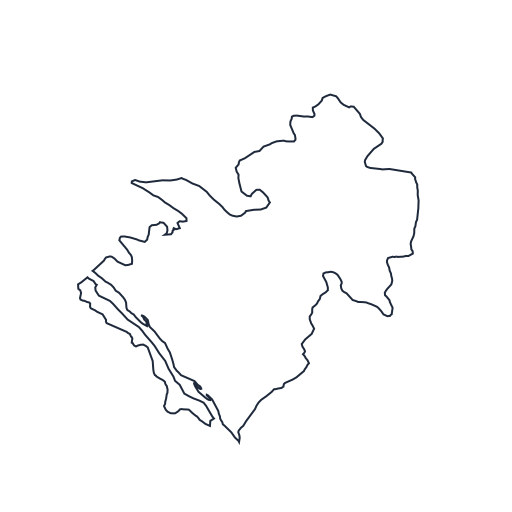 the district of Nasir, Bani Suwayf, Egypt, rotated 116°
{"feature_id": "37247803B95648929265509", "entity_name": "Nasir", "entity_type": "district", "adm_level": 2, "iso_a3": "EGY", "parent_name": "Egypt", "parent_adm1": "Bani Suwayf", "projection": "equal_earth", "projection_center": [31.113, 29.186], "detail": "fine", "context": "isolated", "style": "outline", "palette": "slate", "viewbox_px": 512, "rotation_deg": 116, "n_neighbors": 0, "source": "geoboundaries", "source_scale": "gbopen_adm2", "svg_char_len": 6143}
<svg xmlns="http://www.w3.org/2000/svg" viewBox="0 0 512 512"><g transform="rotate(116 256 256)"><path d="M92.3,266.4L95.6,268.2L97.7,270.0L100.2,268.7L102.8,265.6L104.3,265.0L106.4,266.1L108.0,270.9L109.6,273.9L111.8,280.6L113.4,283.6L115.0,284.8L117.0,284.1L120.1,284.0L123.2,282.7L129.2,275.9L130.2,274.1L132.8,272.2L134.3,271.5L136.4,272.1L139.6,278.7L140.2,281.7L143.9,287.7L147.6,291.3L149.6,292.5L154.4,297.2L160.1,298.9L163.2,303.1L173.1,308.9L177.3,312.5L179.4,312.4L181.4,311.8L185.6,312.9L188.6,310.4L190.6,307.3L193.7,306.0L197.8,302.9L204.4,297.3L205.8,290.6L204.7,287.0L202.1,287.0L196.4,284.7L194.8,281.7L195.8,277.4L198.2,271.3L200.8,268.8L201.8,267.0L208.0,268.0L212.2,272.2L215.4,278.2L220.1,284.8L221.7,284.7L226.4,287.1L229.0,290.7L230.1,294.9L230.2,297.9L229.2,301.6L228.2,304.7L226.7,307.7L225.3,312.0L223.8,318.7L221.9,324.2L219.9,328.5L218.0,337.7L218.7,345.0L218.3,352.3L218.7,356.1L218.5,357.0L222.0,360.7L225.7,366.1L229.0,373.3L238.0,387.1L240.1,393.1L240.7,398.0L243.4,400.3L244.9,399.7L244.7,387.6L245.6,379.6L246.5,374.7L245.9,369.9L246.8,365.0L247.8,361.3L248.2,356.5L249.2,351.0L249.6,346.1L250.5,341.2L252.5,335.1L255.0,333.8L257.2,336.8L258.2,339.8L259.3,340.4L260.8,341.0L264.4,336.7L267.0,339.6L267.0,342.1L268.1,342.1L268.6,341.4L270.1,342.0L271.2,341.4L273.7,341.9L276.9,347.3L274.8,346.2L271.8,346.8L268.7,348.7L266.7,353.6L267.8,357.2L268.9,357.2L271.5,359.0L274.1,363.2L276.7,364.3L283.9,361.8L286.5,361.7L289.0,361.0L292.1,362.2L293.3,368.2L293.3,370.1L294.5,377.3L296.1,382.8L297.7,385.8L299.3,386.3L301.8,385.7L306.8,374.6L308.8,371.5L309.8,369.1L311.3,367.2L314.4,365.3L317.4,364.1L320.1,367.0L321.6,369.4L321.8,377.9L320.3,382.2L319.9,385.3L320.4,387.1L323.0,390.1L325.1,390.6L326.7,390.6L340.1,395.8L341.0,396.3L341.6,393.2L342.9,389.2L343.5,385.1L345.0,380.0L345.0,377.6L345.4,373.6L346.7,370.1L348.7,366.9L349.1,362.9L351.3,357.4L352.8,354.6L354.9,352.3L359.4,349.7L361.0,347.9L361.2,345.2L362.0,343.0L362.2,340.2L363.6,337.5L365.8,331.2L366.4,329.0L366.6,326.9L366.8,323.0L366.3,322.9L365.5,324.2L363.5,325.5L362.8,326.3L362.1,328.6L360.8,330.1L360.1,331.1L359.8,332.4L359.4,332.4L359.3,331.1L359.5,329.4L361.0,325.2L364.3,322.6L366.3,320.4L368.3,314.1L372.3,306.4L373.6,303.0L374.1,299.6L378.2,294.6L380.4,291.2L385.4,286.3L389.2,282.9L391.7,281.0L393.8,277.1L394.7,274.3L396.0,271.1L395.4,256.4L397.5,251.5L397.5,249.7L398.5,247.8L399.3,247.0L399.9,247.6L399.9,249.1L399.5,250.9L397.0,254.7L397.6,255.8L398.6,255.0L400.2,253.0L403.3,248.0L405.5,239.5L406.0,236.8L406.0,235.3L405.5,233.8L404.5,233.8L402.8,239.2L402.3,239.4L402.3,238.2L404.2,232.5L411.8,222.0L414.1,220.2L416.0,218.1L417.9,216.9L419.0,215.4L420.0,213.6L421.8,212.0L422.3,209.9L425.3,200.9L428.4,195.3L429.8,190.8L430.6,189.7L426.7,190.9L424.6,192.2L422.1,194.7L420.5,195.0L416.9,194.2L414.3,193.0L408.7,192.5L394.2,189.8L390.1,189.9L386.4,189.4L382.8,188.2L377.6,185.3L371.4,182.4L367.7,181.3L367.2,180.1L365.6,178.3L363.5,175.3L361.4,174.1L358.9,174.8L357.3,174.2L351.0,168.9L347.4,166.5L338.5,162.5L336.5,162.5L333.9,162.0L331.3,162.0L329.2,161.4L327.2,163.9L325.7,167.0L324.7,168.2L323.7,170.7L321.7,170.1L320.1,170.2L318.6,172.0L317.1,174.5L315.1,176.3L309.4,175.2L301.6,171.8L295.9,171.9L293.9,174.4L292.4,176.8L289.4,179.9L286.8,181.2L284.2,180.7L282.1,180.7L279.6,182.0L277.5,182.6L273.9,180.9L271.8,180.3L269.8,180.4L266.7,179.8L263.6,180.5L261.0,179.3L258.4,177.6L255.3,176.4L252.7,177.7L248.6,181.4L244.6,187.0L242.1,187.7L240.0,185.9L239.4,184.7L237.3,181.7L236.7,179.3L236.7,176.9L237.2,174.4L239.7,170.1L241.7,167.6L243.2,167.0L245.3,166.9L247.8,165.1L249.3,163.2L249.8,160.8L249.8,158.3L253.2,149.8L252.6,146.1L252.6,144.3L250.5,139.5L249.4,136.5L249.3,134.7L248.8,131.0L248.6,125.0L249.1,123.1L250.6,119.4L252.6,115.8L252.5,111.5L251.1,109.3L249.9,109.1L248.9,108.5L242.7,110.5L238.7,115.5L237.2,116.7L235.2,121.0L234.7,122.8L232.6,124.1L231.1,124.1L228.0,123.6L222.3,121.9L218.7,122.6L216.7,123.8L214.6,125.7L212.6,127.0L210.6,129.4L208.0,131.3L206.0,133.8L204.0,135.7L202.4,136.3L199.9,136.4L196.7,132.8L196.2,131.0L195.1,129.8L194.6,128.0L191.9,123.2L190.3,121.4L189.2,119.0L185.1,116.1L183.0,117.3L182.0,119.2L179.0,121.1L177.4,122.3L174.9,123.0L169.2,123.1L166.1,123.8L162.0,125.7L159.4,125.8L155.3,127.1L152.8,127.1L142.0,131.0L134.8,134.2L130.3,137.4L126.2,139.3L123.6,141.2L121.1,142.4L119.6,144.3L117.0,146.8L115.5,147.4L113.5,152.3L112.9,153.0L119.3,174.2L122.9,180.6L123.1,181.7L126.8,192.0L127.2,195.1L126.9,196.6L123.7,199.5L121.8,200.0L117.4,199.6L108.1,197.1L100.1,192.5L97.8,192.2L96.8,192.8L94.7,193.5L92.7,197.2L91.8,198.9L89.6,205.3L86.7,219.3L85.1,222.5L82.7,225.0L79.0,233.6L80.0,236.4L81.6,237.5L81.7,243.6L80.8,247.3L78.3,251.6L77.3,254.0L78.4,260.1L81.6,263.1L84.7,265.4L87.5,265.0L92.3,266.4ZM420.5,222.5L419.5,224.8L412.6,235.1L410.8,238.8L410.8,243.3L411.4,250.0L411.4,254.8L411.1,260.1L405.2,268.1L403.7,274.0L400.6,277.3L395.7,285.1L390.1,291.6L385.9,300.2L381.2,307.8L379.2,312.1L375.4,321.2L373.2,325.3L371.2,330.1L369.4,343.5L366.3,351.3L364.5,356.6L361.7,363.4L360.4,367.6L360.5,379.9L357.4,385.0L354.7,386.7L351.7,386.5L351.7,387.6L349.7,391.1L349.6,396.4L349.0,398.1L356.1,401.4L359.5,403.5L363.4,401.3L363.9,398.9L365.9,397.0L371.1,395.7L372.1,394.5L372.0,392.0L371.5,390.8L371.4,387.8L370.9,385.4L371.4,384.2L374.4,382.9L375.4,381.6L375.4,376.8L375.8,374.3L375.7,368.3L379.2,362.7L380.8,362.1L381.8,360.8L380.9,339.0L381.4,337.1L381.3,335.3L383.3,332.8L383.3,332.2L384.3,331.0L388.4,329.7L388.4,328.5L389.4,327.2L389.9,326.0L389.9,324.2L388.3,323.0L387.3,321.8L386.2,320.6L385.7,319.4L385.1,318.8L385.1,315.8L385.6,313.3L395.7,302.8L403.3,298.4L405.9,296.5L407.4,294.6L407.4,293.4L407.9,292.8L408.3,288.5L408.3,286.1L408.7,283.7L409.2,282.5L410.3,281.8L411.3,280.6L411.8,279.4L414.8,276.9L417.9,275.6L419.4,275.6L423.5,274.3L427.1,273.6L428.6,272.9L431.2,272.9L433.7,269.8L434.7,267.3L434.7,263.7L433.1,260.1L432.5,259.5L429.4,257.7L427.3,257.2L426.3,256.0L425.7,254.2L423.6,249.3L423.6,248.7L425.0,244.4L426.0,240.2L426.0,239.0L427.0,236.5L428.0,234.8L428.2,232.5L429.1,227.7L428.9,222.9L424.2,224.8L420.5,222.5Z" fill="none" stroke="#1e293b" stroke-width="2"/></g></svg>